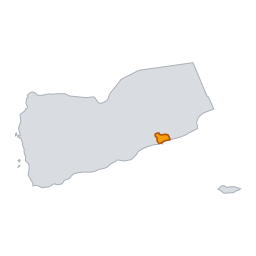 Ar Raydah wa Qussay'ar, Hadramawt, Yemen shown in context
{"feature_id": "15242507B55233567675049", "entity_name": "Ar Raydah wa Qussay'ar", "entity_type": "district", "adm_level": 2, "iso_a3": "YEM", "parent_name": "Yemen", "parent_adm1": "Hadramawt", "projection": "mercator", "projection_center": [50.363, 15.159], "detail": "fine", "context": "in_parent", "style": "filled", "palette": "amber", "viewbox_px": 256, "rotation_deg": 0, "n_neighbors": 0, "source": "geoboundaries", "source_scale": "gbopen_adm2", "svg_char_len": 4921}
<svg xmlns="http://www.w3.org/2000/svg" viewBox="0 0 256 256"><path d="M213.8,109.1L204.3,112.6L201.8,114.2L199.5,116.1L197.8,118.5L196.6,122.7L197.5,126.5L197.4,128.6L195.0,129.9L192.7,130.9L190.2,132.4L188.6,132.8L187.4,134.0L185.9,134.8L180.6,137.0L174.8,138.6L165.6,140.6L162.1,142.8L158.8,144.3L153.9,144.7L147.2,146.8L143.4,148.4L138.8,151.1L137.8,152.0L136.9,153.9L135.5,155.6L132.7,158.4L130.6,159.9L129.2,159.9L126.5,160.7L123.2,160.9L117.8,159.9L116.4,160.6L115.3,161.7L111.1,163.6L106.9,167.4L103.8,168.4L98.7,169.6L95.2,171.2L92.8,171.8L89.8,172.2L84.2,172.0L78.8,172.6L73.9,173.6L71.6,175.7L68.9,178.9L64.6,180.2L63.6,181.4L62.2,183.8L59.4,184.4L56.9,184.8L54.3,183.7L49.4,186.6L47.6,187.1L44.8,187.2L42.8,187.8L41.4,187.6L39.6,186.5L35.8,185.1L33.0,186.0L32.8,183.3L28.2,175.0L29.2,167.8L29.2,166.8L28.3,163.6L25.5,160.6L25.6,156.9L24.7,154.2L24.0,151.4L24.2,150.7L24.3,150.0L22.9,145.8L22.4,144.9L22.2,144.0L22.7,143.4L22.7,142.6L21.9,141.3L21.1,138.8L17.4,136.8L18.2,135.0L18.9,135.6L19.9,136.2L20.1,135.0L20.1,134.1L18.5,128.6L20.8,121.2L20.1,114.5L23.6,111.8L24.5,111.0L25.0,110.3L25.8,108.8L27.0,108.3L27.4,106.7L27.3,105.9L26.6,105.2L26.0,103.3L26.2,101.0L26.4,100.0L26.8,98.1L28.0,97.5L28.3,96.9L27.4,95.8L27.4,95.1L29.5,93.2L30.4,92.6L31.7,92.0L32.8,92.0L34.0,92.4L35.1,92.9L36.2,93.9L37.3,95.0L39.0,95.4L40.2,95.3L41.1,95.8L41.9,95.5L42.8,94.9L44.3,95.0L45.6,94.3L49.4,94.0L53.0,94.2L56.7,93.7L60.5,93.7L64.3,93.8L65.1,93.8L66.0,94.2L69.2,95.9L71.6,96.2L76.5,96.7L81.7,97.2L86.2,97.6L90.0,97.2L93.2,96.9L94.1,97.0L95.0,98.0L96.9,100.6L98.7,103.1L101.9,103.2L103.9,102.3L106.1,101.0L107.5,100.0L109.1,96.0L110.1,93.3L112.4,90.4L114.4,88.0L117.0,84.7L118.4,82.9L121.3,79.3L124.0,77.9L129.2,75.3L134.3,72.6L137.6,70.9L140.5,70.1L145.2,69.4L150.8,68.6L156.4,67.9L162.4,67.0L169.0,66.1L173.6,65.4L179.4,64.6L184.2,63.9L188.5,63.3L192.9,62.7L193.8,64.6L194.6,66.6L195.4,68.6L196.3,70.6L197.1,72.6L197.9,74.6L198.8,76.6L199.6,78.5L200.4,80.5L201.3,82.5L202.1,84.5L202.9,86.4L203.8,88.4L204.6,90.4L205.4,92.4L206.3,94.3L207.1,96.3L208.4,96.9L209.2,98.7L210.4,101.3L211.5,103.9L212.7,106.5L213.8,109.1ZM226.6,187.2L227.7,187.4L229.5,186.8L234.5,186.7L240.6,188.8L239.5,189.4L238.8,190.2L236.1,190.9L233.5,192.5L225.7,193.3L223.4,192.9L221.6,191.3L218.1,189.2L219.5,187.9L219.8,187.3L220.3,186.7L222.3,185.7L224.2,185.8L226.6,187.2ZM19.8,161.4L19.6,161.8L19.3,161.7L18.1,160.7L19.4,159.5L20.1,160.6L19.8,161.4ZM16.1,135.5L15.5,135.9L15.4,135.1L15.7,133.4L16.4,132.9L16.8,134.2L16.5,134.9L16.1,135.5ZM19.3,166.6L18.0,167.2L18.9,165.6L19.7,165.3L20.0,165.4L19.3,166.6Z" fill="#d9dde1" stroke="#a8b0b8" stroke-width="1"/><path d="M155.6,133.7L155.5,133.9L155.4,134.1L155.2,134.3L155.2,134.5L155.0,134.9L155.0,135.0L155.0,135.3L155.1,135.6L155.2,135.8L155.3,136.1L155.5,136.4L155.5,136.5L155.8,136.8L156.0,137.0L156.4,137.0L156.6,137.0L156.8,137.2L156.9,137.4L156.9,137.5L156.9,137.8L157.0,138.0L157.0,138.6L157.0,138.9L156.9,139.0L156.9,139.4L156.9,139.6L156.9,139.9L157.0,140.0L157.0,140.3L157.1,140.5L157.2,140.8L157.3,141.2L157.5,141.5L157.7,141.9L157.8,142.0L158.0,142.3L158.1,142.5L158.3,142.8L158.5,143.0L158.9,143.2L159.0,143.3L159.4,143.4L159.5,143.4L159.8,143.5L160.1,143.4L160.5,143.2L160.8,143.1L161.0,143.0L161.2,142.9L161.4,142.8L161.5,142.8L161.8,142.9L161.9,143.0L161.9,142.9L162.0,142.8L162.0,142.7L162.3,142.4L162.5,142.2L162.9,141.9L163.0,141.8L163.2,141.7L163.3,141.7L163.5,141.5L163.7,141.4L163.8,141.4L164.0,141.3L164.2,141.1L164.4,141.1L164.5,141.0L164.6,140.9L164.8,140.9L165.0,140.8L165.4,140.7L165.6,140.6L166.0,140.5L166.4,140.5L166.5,140.4L166.9,140.3L167.0,140.3L167.3,140.2L167.3,140.3L167.6,140.2L167.8,140.2L168.0,140.2L168.3,140.1L168.5,140.1L168.9,140.0L169.0,140.0L169.5,139.9L169.9,139.8L169.9,139.7L170.0,139.6L170.1,139.4L170.1,139.2L169.9,138.8L169.8,138.7L169.7,138.6L169.6,138.4L169.4,138.3L169.4,138.2L169.4,137.9L169.5,137.7L169.4,137.6L169.3,137.4L169.2,137.4L169.1,137.2L168.9,137.0L168.8,136.9L168.9,136.7L168.8,136.4L168.8,136.2L168.7,136.1L168.5,135.9L168.5,135.7L168.4,135.5L168.4,135.4L168.2,135.3L168.2,135.2L168.1,134.9L167.9,134.8L167.7,134.8L167.5,134.7L167.5,134.8L167.4,134.8L167.2,134.9L166.9,134.8L166.7,134.8L166.5,134.7L166.4,134.6L166.2,134.7L166.1,134.4L165.9,134.3L165.7,134.3L165.5,134.2L165.4,134.2L165.2,134.2L165.0,134.3L164.9,134.3L164.7,134.4L164.4,134.4L164.2,134.4L163.9,134.4L163.9,134.5L163.7,134.6L163.4,134.7L163.2,134.7L162.9,134.7L162.7,134.7L162.5,134.8L162.4,134.8L162.1,134.8L161.9,134.9L161.6,134.9L161.4,134.8L161.2,134.9L160.9,134.9L160.7,134.9L160.4,134.8L160.4,134.7L160.2,134.6L160.0,134.4L159.9,134.5L159.8,134.4L159.7,134.3L159.4,134.2L159.3,133.9L159.2,133.9L159.2,133.7L159.2,133.4L159.2,133.2L158.9,133.0L158.6,133.0L158.4,133.0L158.2,133.0L157.8,133.0L157.7,133.1L157.4,133.1L157.2,133.2L156.9,133.3L156.6,133.3L156.3,133.5L156.2,133.5L155.7,133.7L155.6,133.7Z" fill="#f59e0b" stroke="#b45309" stroke-width="1.5"/></svg>